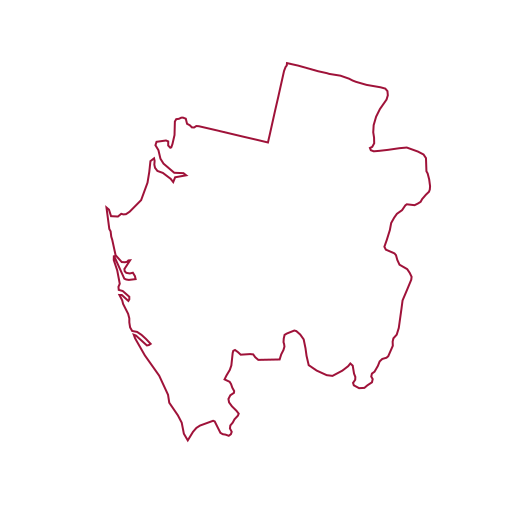 an SVG outline of Gabon, rotated 13°
{"feature_id": "GAB", "entity_name": "Gabon", "entity_type": "country or territory", "adm_level": 0, "iso_a3": "GAB", "parent_name": "Africa", "parent_adm1": "", "projection": "natural_earth1", "projection_center": [11.622, -0.807], "detail": "fine", "context": "isolated", "style": "outline", "palette": "rose", "viewbox_px": 512, "rotation_deg": 13, "n_neighbors": 0, "source": "natural_earth", "source_scale": "50m", "svg_char_len": 3393}
<svg xmlns="http://www.w3.org/2000/svg" viewBox="0 0 512 512"><g transform="rotate(13 256 256)"><path d="M348.3,69.8L348.0,74.2L343.7,84.9L341.7,93.2L341.2,102.0L342.4,109.1L344.4,114.1L345.8,119.6L344.7,123.5L342.7,125.1L344.1,127.1L347.2,127.5L352.5,125.8L360.7,122.9L371.5,118.7L378.5,116.4L390.2,117.8L396.4,119.4L399.6,122.4L403.0,135.1L404.7,137.0L407.5,142.4L409.9,148.8L410.4,152.1L410.1,154.5L407.8,158.0L405.1,163.1L404.2,166.2L401.9,168.5L399.1,170.8L391.3,171.7L390.1,173.1L388.0,178.5L383.8,183.2L382.0,187.6L380.3,193.4L380.6,200.6L379.8,211.1L379.0,218.1L381.1,220.6L390.3,222.3L392.2,223.7L394.6,228.1L397.8,232.2L406.3,234.8L409.6,237.9L412.3,241.3L412.6,244.2L410.7,255.5L408.8,266.3L409.6,274.6L410.3,282.5L411.3,294.0L410.8,301.0L408.4,305.3L408.4,308.7L409.5,312.7L407.4,323.9L406.0,325.8L402.2,327.9L400.2,330.9L399.5,335.6L397.5,342.1L395.4,344.5L395.4,347.5L397.4,349.7L397.4,353.0L393.6,357.0L391.3,360.1L386.2,361.6L380.4,360.0L379.1,357.8L380.5,354.3L380.0,351.5L378.0,348.6L374.9,341.1L372.1,339.5L370.6,342.6L365.9,348.3L357.5,355.6L351.7,356.2L340.9,354.0L331.9,350.5L327.7,341.9L325.0,334.8L321.2,326.5L316.8,322.6L312.2,320.1L310.1,320.0L303.5,324.6L301.6,326.4L301.6,330.2L302.2,333.8L303.2,335.5L304.1,337.9L303.9,341.4L302.7,346.2L302.3,351.5L281.6,356.7L278.0,354.8L275.4,352.5L272.3,352.9L263.3,355.6L260.0,353.7L256.7,352.3L255.2,353.5L255.1,355.7L256.6,368.2L256.1,372.9L254.1,379.1L253.1,383.3L258.6,384.5L260.5,386.4L262.5,389.6L265.1,392.5L265.3,394.3L262.3,397.5L261.3,401.5L262.7,404.7L266.4,407.9L271.9,411.3L274.6,413.5L274.3,415.6L271.8,419.9L270.8,423.6L269.1,426.9L269.4,429.9L271.9,432.8L271.6,435.3L269.9,437.3L266.5,436.9L263.7,437.1L261.1,436.3L253.0,426.5L251.3,426.2L239.6,433.8L236.6,436.9L234.2,441.4L231.0,451.0L225.7,445.4L221.1,435.1L215.7,428.8L204.5,418.5L201.5,411.0L188.6,394.4L170.0,377.8L156.7,363.4L154.6,360.2L156.9,360.5L169.8,367.7L171.6,366.9L173.1,365.3L167.5,361.6L162.2,358.6L157.2,356.7L152.2,356.9L149.4,353.9L147.5,349.2L146.6,345.3L144.4,341.1L137.3,332.6L135.6,329.3L131.7,324.7L134.1,324.2L141.7,328.5L142.3,326.7L141.7,324.2L134.0,320.1L129.9,319.9L128.9,317.0L129.5,313.7L124.0,301.2L118.3,291.9L117.4,287.5L132.8,307.7L134.8,308.1L137.5,307.9L143.9,305.6L142.6,302.9L139.8,300.0L137.0,301.4L133.4,301.6L131.5,300.4L130.7,298.3L134.3,288.5L132.7,289.0L131.6,290.7L129.6,291.6L126.5,292.1L119.0,286.8L112.3,272.6L110.6,269.7L108.8,264.7L107.0,262.7L99.4,242.4L102.3,243.9L105.8,249.8L112.6,248.6L115.2,245.2L117.5,245.3L119.9,244.5L122.9,241.3L131.5,227.4L133.8,209.0L133.1,198.1L131.8,187.3L134.7,183.8L135.8,186.1L136.4,189.9L137.8,192.8L140.8,195.3L146.6,196.0L155.5,200.0L158.7,202.6L159.5,197.5L169.8,193.1L166.7,191.6L157.6,193.3L145.1,186.8L141.0,182.7L137.1,174.8L133.1,170.7L133.4,167.1L142.3,163.7L144.7,164.1L145.6,168.1L148.1,169.8L149.0,169.2L149.4,165.7L149.4,156.5L146.7,143.2L147.5,140.6L150.0,139.7L152.1,138.0L153.7,137.6L156.7,138.0L158.2,141.0L159.1,142.7L162.1,143.5L164.6,145.1L166.8,144.7L168.6,142.8L171.2,142.4L179.4,142.4L186.8,142.4L201.5,142.5L216.3,142.6L231.0,142.6L242.1,142.7L242.1,135.1L242.0,123.3L241.9,109.5L241.9,96.2L241.8,83.9L241.7,69.4L242.3,65.2L243.1,63.5L242.8,61.1L254.2,61.0L274.9,62.0L283.9,61.9L286.4,62.1L297.7,61.3L306.8,62.3L310.7,63.3L314.2,63.8L325.2,64.4L339.4,63.6L344.3,63.8L347.0,65.8L348.3,69.8Z" fill="none" stroke="#9f1239" stroke-width="2"/></g></svg>